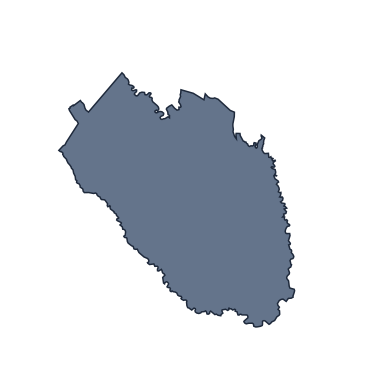 the district of Carrillo Puerto, Veracruz, Mexico, rotated 42°
{"feature_id": "50627088B27800936058187", "entity_name": "Carrillo Puerto", "entity_type": "district", "adm_level": 2, "iso_a3": "MEX", "parent_name": "Mexico", "parent_adm1": "Veracruz", "projection": "albers", "projection_center": [-96.59, 18.822], "detail": "fine", "context": "isolated", "style": "filled", "palette": "slate", "viewbox_px": 384, "rotation_deg": 42, "n_neighbors": 0, "source": "geoboundaries", "source_scale": "gbopen_adm2", "svg_char_len": 6093}
<svg xmlns="http://www.w3.org/2000/svg" viewBox="0 0 384 384"><g transform="rotate(42 192 192)"><path d="M260.2,135.6L258.9,133.3L258.3,132.8L257.8,133.7L256.0,134.1L255.1,131.7L253.8,130.7L251.5,129.8L249.6,129.8L249.3,128.3L249.7,126.7L248.7,126.2L244.9,126.6L242.4,125.5L242.0,125.1L242.5,124.4L244.0,123.6L244.0,123.3L241.7,123.6L241.6,122.2L240.9,121.2L238.8,119.7L235.9,120.8L234.3,120.6L234.4,119.7L236.3,118.8L236.5,117.6L235.5,117.0L234.4,117.0L233.1,116.5L232.7,115.4L233.1,113.1L232.4,112.8L231.6,114.8L230.3,114.6L229.8,112.9L228.9,113.3L228.7,114.0L227.0,113.0L226.6,114.3L225.8,114.8L222.9,112.1L220.4,114.7L219.0,114.9L216.2,114.0L214.8,112.8L215.0,112.2L214.3,111.6L214.2,110.8L213.5,110.1L213.0,108.2L212.2,107.6L210.7,105.4L209.9,103.2L205.4,103.4L205.9,104.1L208.0,105.2L208.1,106.5L207.4,109.1L208.7,113.0L210.4,114.8L210.6,116.1L209.7,116.5L208.4,116.0L208.0,114.4L206.8,112.8L205.2,113.7L205.4,114.5L206.6,115.8L206.0,117.6L204.9,118.1L204.4,119.6L203.5,119.9L202.4,119.8L201.2,119.1L200.1,119.4L198.6,118.8L198.1,119.5L197.3,119.3L196.1,119.9L190.1,117.8L188.5,116.4L185.6,118.9L186.3,120.0L189.4,122.8L186.5,122.2L182.2,119.8L180.8,117.8L178.2,115.6L176.8,114.0L173.0,107.7L170.1,104.3L165.8,105.8L149.3,105.6L145.9,106.9L145.1,108.3L142.9,110.0L140.2,110.6L136.2,110.2L139.2,115.5L126.9,117.8L115.4,123.4L117.6,126.2L117.9,127.3L119.7,128.8L120.7,132.1L121.5,133.0L121.9,134.0L125.0,134.8L126.8,136.0L126.7,136.8L125.5,137.7L127.2,139.5L126.1,141.2L123.0,141.4L118.7,140.8L117.7,143.4L117.1,146.6L117.5,147.6L120.4,148.7L122.3,150.4L124.1,150.2L125.6,151.9L124.1,152.0L123.7,152.5L122.8,155.7L122.0,156.4L121.1,158.2L119.9,158.7L118.4,158.0L118.3,156.5L119.3,154.5L118.9,153.2L118.2,152.4L115.9,152.5L114.1,153.7L113.2,155.3L113.2,156.0L112.4,157.2L111.2,157.4L110.3,156.8L110.5,155.6L110.9,154.8L112.2,155.0L111.9,152.6L111.1,152.0L110.2,151.4L108.3,151.1L102.4,151.2L100.7,150.4L99.7,149.0L98.8,148.8L97.0,149.8L96.3,149.5L95.9,147.9L96.0,147.0L95.5,146.1L94.7,146.2L93.7,147.0L93.5,149.5L93.0,150.5L91.9,151.1L90.1,149.8L88.0,151.3L86.8,153.4L87.1,156.2L86.8,157.5L85.5,158.1L83.6,157.8L83.3,156.4L83.6,154.6L82.7,153.3L82.0,153.4L80.3,156.3L78.9,156.6L77.8,155.1L79.0,154.0L79.0,153.2L78.1,152.6L76.0,153.0L74.4,154.0L72.7,154.4L71.7,152.7L69.7,151.5L68.3,151.2L65.7,151.5L62.9,150.4L60.2,150.3L61.6,201.8L58.5,202.1L56.3,201.3L53.2,199.3L51.0,199.0L49.9,199.2L47.8,198.7L46.2,207.1L45.5,206.9L44.6,210.6L45.2,211.0L44.8,212.5L46.4,213.4L56.7,216.4L59.2,216.2L61.7,217.2L65.2,238.7L66.1,242.0L65.3,244.0L65.2,250.2L67.2,250.1L67.6,249.5L69.6,249.4L70.2,249.6L70.9,250.7L72.0,250.8L72.8,251.4L77.0,251.7L77.5,252.2L80.4,253.4L83.1,253.7L85.3,254.2L86.2,254.9L88.8,255.2L91.4,257.2L94.7,258.5L97.3,260.8L98.8,260.6L99.8,262.1L100.9,262.2L102.5,261.5L104.6,262.1L105.6,263.2L108.4,262.8L109.3,263.1L110.5,264.2L112.4,264.5L115.6,261.5L119.9,258.9L120.9,257.4L122.2,257.0L123.3,257.7L125.0,257.9L127.1,257.3L128.7,258.1L129.7,258.2L132.3,256.3L133.5,256.4L137.1,257.2L138.1,258.8L139.2,259.3L139.7,258.6L140.0,257.3L140.8,257.3L141.2,258.2L142.8,259.2L147.3,258.8L147.9,259.5L150.5,259.1L151.6,259.9L154.7,260.2L155.0,260.7L154.2,262.1L154.7,263.2L155.7,263.3L159.4,262.2L160.3,262.3L160.6,263.1L160.5,264.7L163.5,264.5L165.4,266.0L166.2,265.4L167.8,265.2L168.5,265.5L169.4,266.1L171.3,268.9L170.9,270.5L171.6,270.8L172.7,270.7L173.9,269.8L174.5,269.9L177.2,272.1L178.8,272.7L183.1,272.4L184.7,271.8L186.9,273.1L188.3,272.5L189.6,271.1L193.1,272.5L199.8,272.4L203.6,271.1L205.5,271.6L206.3,272.5L206.6,273.7L206.2,274.2L206.8,274.5L209.0,274.3L211.8,271.0L214.1,272.1L215.9,270.4L216.7,270.4L217.6,271.1L217.9,272.4L219.1,273.6L220.1,273.0L221.0,270.0L222.3,270.5L223.7,271.5L225.0,271.8L226.0,271.5L227.5,271.9L227.4,275.1L231.8,278.7L233.1,278.6L232.5,277.4L233.1,275.8L234.2,275.4L235.6,275.6L236.1,276.0L236.9,279.2L238.2,279.0L239.4,278.0L240.7,278.4L241.2,279.6L242.3,280.2L243.2,280.0L243.4,278.9L244.7,278.7L246.6,277.5L248.3,277.2L250.5,278.2L252.0,277.9L253.9,276.8L255.0,277.3L255.0,278.4L255.9,278.7L258.3,278.1L259.1,276.8L260.4,276.2L261.2,276.5L261.6,277.5L264.3,279.9L266.2,280.8L267.3,280.3L270.8,279.9L271.2,276.9L272.4,276.5L273.2,276.9L273.6,278.1L274.6,278.9L276.4,278.8L278.4,277.7L279.4,275.9L279.3,274.7L281.2,272.6L281.6,271.3L282.5,271.3L284.9,272.6L286.0,271.7L286.3,270.5L285.5,269.2L285.6,268.0L291.0,267.8L291.8,266.5L293.8,266.2L296.2,264.7L295.6,263.4L296.0,261.4L293.8,260.4L293.3,259.4L295.4,256.7L297.8,256.1L298.1,254.9L297.4,254.3L297.2,253.5L298.4,253.4L299.3,252.6L301.2,252.5L302.2,250.5L303.0,250.4L303.8,251.7L305.6,250.9L308.4,252.6L309.3,252.0L309.5,250.8L310.2,250.1L311.4,249.9L314.9,246.8L315.7,246.6L316.8,247.1L317.7,248.1L317.1,252.8L317.3,253.7L319.0,254.1L320.5,253.7L321.9,251.7L324.7,249.1L325.9,249.0L327.8,250.4L329.6,249.7L330.8,248.5L332.8,245.9L333.5,244.2L333.0,243.2L331.0,241.0L331.0,240.3L331.6,239.4L332.6,238.9L337.8,238.8L338.3,237.2L338.2,235.2L339.4,232.2L338.6,228.0L339.2,225.3L339.0,224.2L336.5,221.7L334.5,221.7L334.0,219.1L331.8,218.8L330.2,217.8L329.5,214.3L330.1,212.2L331.3,210.7L335.2,210.3L334.8,206.6L336.8,204.5L337.5,202.5L336.7,201.8L335.1,198.2L334.3,196.7L333.7,196.3L333.0,195.9L329.0,197.9L327.3,197.0L323.2,193.4L320.4,192.9L319.5,192.1L319.0,190.7L319.1,187.8L318.4,186.7L315.1,184.9L315.1,183.0L315.6,181.8L314.8,179.8L314.6,179.4L313.7,179.5L311.8,178.0L310.8,177.6L310.4,175.7L311.5,174.0L311.4,172.9L310.7,171.7L308.8,170.9L306.3,170.6L305.6,169.2L304.6,168.6L303.0,168.9L299.2,166.6L300.0,165.4L299.4,164.3L296.3,163.7L294.0,158.8L292.4,157.5L290.1,159.6L289.1,159.8L287.7,159.0L286.7,157.4L286.0,155.1L286.0,153.6L287.0,152.2L286.8,151.2L285.9,151.0L284.9,151.3L283.7,151.3L282.5,150.6L282.3,149.5L281.5,149.2L280.6,149.4L280.5,150.2L279.7,150.6L278.7,150.2L277.5,148.6L276.1,149.9L276.1,147.8L274.9,147.1L276.1,145.1L275.3,143.4L271.9,143.0L273.2,140.6L271.0,140.4L269.7,140.9L269.5,139.2L268.7,138.5L265.9,140.2L264.4,140.1L264.9,137.7L264.0,136.0L263.1,135.4L262.1,135.4L261.9,136.3L260.4,137.1L260.2,135.6Z" fill="#64748b" stroke="#1e293b" stroke-width="1.5"/></g></svg>